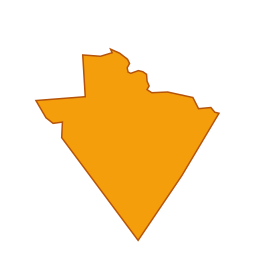 Nueva Helvecia, Colonia, Uruguay, rotated 44°
{"feature_id": "84410073B82760199523865", "entity_name": "Nueva Helvecia", "entity_type": "district", "adm_level": 2, "iso_a3": "URY", "parent_name": "Uruguay", "parent_adm1": "Colonia", "projection": "robinson", "projection_center": [-57.23, -34.305], "detail": "fine", "context": "isolated", "style": "filled", "palette": "amber", "viewbox_px": 256, "rotation_deg": 44, "n_neighbors": 0, "source": "geoboundaries", "source_scale": "gbopen_adm2", "svg_char_len": 525}
<svg xmlns="http://www.w3.org/2000/svg" viewBox="0 0 256 256"><g transform="rotate(44 128 128)"><path d="M213.3,201.8L199.8,124.9L183.2,54.2L179.4,56.4L173.4,55.7L165.3,65.1L153.5,61.0L131.5,74.6L120.6,86.1L115.0,87.2L114.0,83.1L109.2,81.1L104.0,76.5L99.6,77.2L95.6,79.5L92.0,86.8L89.2,87.7L85.6,85.3L84.3,80.5L79.9,78.9L70.0,80.0L60.7,83.4L64.3,84.9L58.4,95.5L44.7,106.9L75.5,135.2L54.4,159.0L42.7,172.2L61.9,177.6L70.9,176.7L76.7,169.3L87.0,181.0L213.3,201.8Z" fill="#f59e0b" stroke="#b45309" stroke-width="1.5"/></g></svg>